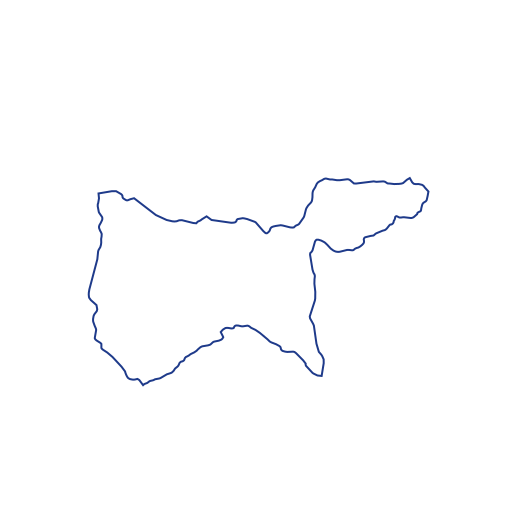 the border of Nakhon Sawan, rotated 148°
{"feature_id": "THA-411", "entity_name": "Nakhon Sawan", "entity_type": "Province", "adm_level": 1, "iso_a3": "THA", "parent_name": "Thailand", "parent_adm1": "", "projection": "orthographic", "projection_center": [99.999, 15.699], "detail": "fine", "context": "isolated", "style": "outline", "palette": "blue", "viewbox_px": 512, "rotation_deg": 148, "n_neighbors": 0, "source": "natural_earth", "source_scale": "10m", "svg_char_len": 5308}
<svg xmlns="http://www.w3.org/2000/svg" viewBox="0 0 512 512"><g transform="rotate(148 256 256)"><path d="M356.4,392.5L343.8,387.3L340.3,385.1L337.6,380.0L337.4,379.3L337.3,378.6L337.4,377.8L337.7,377.2L338.0,376.6L338.1,375.8L337.9,374.9L336.7,372.4L336.0,371.6L335.2,371.2L332.3,370.7L328.8,369.6L319.2,343.8L312.7,333.9L308.5,329.7L307.4,328.9L306.9,328.5L305.5,327.8L304.8,327.5L302.4,327.0L301.7,326.7L299.8,325.6L291.7,317.2L289.3,315.4L287.3,316.0L284.2,315.6L282.4,315.8L276.9,315.8L274.6,310.1L259.4,297.3L257.6,296.3L256.4,295.8L255.5,295.6L254.8,295.8L254.2,296.0L253.2,296.8L252.6,297.0L251.9,297.0L247.2,295.1L245.9,294.0L243.9,292.0L238.9,285.6L238.4,284.6L236.6,273.2L235.8,270.4L235.2,269.8L234.6,269.5L233.0,269.6L231.6,270.0L230.9,270.3L229.3,271.6L228.6,271.9L227.9,272.1L227.1,272.1L225.6,271.8L223.3,271.0L218.7,269.0L217.1,267.6L211.9,262.2L210.2,260.9L208.8,260.2L206.5,260.6L205.7,260.6L204.0,260.3L203.2,260.3L202.4,260.4L195.5,263.3L194.9,263.6L193.8,264.4L188.8,269.2L187.6,270.0L185.0,271.2L181.1,272.2L179.8,272.8L179.3,273.3L178.8,273.7L177.0,275.9L174.7,279.4L173.7,280.5L172.7,281.3L169.4,282.9L166.4,284.9L165.1,285.4L164.3,285.6L161.9,285.6L159.8,285.3L157.6,285.3L156.4,285.0L155.6,284.6L152.7,281.7L150.9,280.6L147.1,277.3L144.6,275.8L138.3,272.9L137.5,272.4L136.9,271.9L136.5,271.3L136.1,270.7L134.5,265.6L132.7,264.4L116.6,256.9L114.6,255.1L109.0,252.1L108.1,251.5L107.2,250.5L106.3,248.5L106.0,247.9L105.4,247.4L104.2,246.6L100.7,243.8L96.4,241.3L94.2,240.3L92.6,239.9L87.6,240.7L84.3,240.6L84.5,235.7L84.0,233.8L83.6,233.3L82.4,232.3L79.8,230.7L77.5,228.4L77.0,227.4L76.6,226.0L76.6,224.9L75.6,219.3L78.7,215.9L81.6,213.0L82.4,212.6L83.2,212.4L85.7,212.4L86.8,212.1L87.9,211.4L90.5,208.9L91.6,207.6L92.1,207.1L92.8,206.8L94.2,207.0L95.2,207.1L96.2,207.0L97.2,206.1L101.5,205.4L102.3,205.4L103.2,205.6L103.9,205.8L104.5,206.1L110.0,210.5L111.3,211.2L112.7,211.8L113.3,212.2L113.9,212.6L114.3,213.1L115.0,214.3L115.4,214.9L115.9,215.4L116.5,215.5L117.3,215.3L118.2,214.2L119.2,213.4L120.6,212.7L121.5,211.7L122.5,211.1L123.9,210.9L124.7,211.1L125.4,211.5L126.5,211.4L130.4,210.0L131.9,209.7L133.0,209.7L135.3,210.4L142.0,211.5L142.9,211.5L144.6,211.2L145.5,211.1L148.2,212.3L153.4,214.0L154.2,214.0L155.0,213.7L155.8,213.0L156.5,211.4L157.2,210.4L158.2,209.7L160.0,209.2L162.3,208.9L164.1,208.9L165.0,209.0L166.5,209.5L167.4,209.6L168.3,209.7L169.4,209.5L170.2,209.4L170.9,209.6L171.6,210.0L173.7,211.7L175.6,212.9L182.7,215.2L183.9,215.8L184.5,216.2L185.6,217.1L186.1,217.6L186.9,218.7L187.6,219.9L188.7,222.7L189.6,227.6L190.4,230.7L191.0,232.0L192.5,234.5L194.3,236.6L194.8,237.0L196.0,237.7L197.0,237.6L198.3,237.0L204.9,231.0L205.5,230.6L206.9,230.0L208.5,229.7L209.5,228.4L215.3,214.5L216.0,211.8L216.2,210.4L216.1,209.6L216.4,208.5L217.0,207.4L218.7,205.3L221.2,201.5L224.7,194.2L228.3,188.6L229.7,187.0L242.4,176.3L242.8,175.4L243.2,174.4L243.5,168.2L243.8,166.3L251.2,149.6L253.5,141.4L252.9,137.7L252.9,135.9L253.4,132.5L255.4,129.2L263.9,119.5L267.2,122.1L269.5,125.8L270.0,126.9L271.8,136.5L271.6,137.2L271.4,137.8L270.9,138.4L271.3,142.5L273.5,152.3L274.2,154.2L275.2,155.2L280.2,158.0L281.1,158.7L282.1,159.6L283.8,161.5L284.2,162.7L284.2,163.8L283.8,164.7L283.5,166.1L283.9,167.3L285.7,170.5L288.7,174.5L289.3,175.5L289.7,176.4L290.4,179.3L293.5,188.8L295.6,193.6L298.2,197.7L298.9,199.8L299.6,200.9L300.2,201.5L304.4,203.3L305.0,203.7L305.7,204.2L307.9,206.4L309.3,207.4L310.3,207.8L311.2,207.8L311.8,207.6L312.4,207.2L313.0,206.8L313.9,206.9L315.3,207.6L317.6,209.7L319.0,210.6L320.1,211.1L322.7,211.1L323.5,211.0L326.2,210.2L326.7,205.1L326.8,204.5L328.1,203.8L328.8,203.6L329.4,203.5L330.0,203.5L332.4,203.9L336.1,205.3L336.7,205.5L337.5,205.7L338.3,205.7L341.5,205.1L342.3,205.2L343.9,205.6L349.5,207.9L350.3,208.0L351.3,208.1L352.2,208.0L355.3,207.5L356.1,207.2L356.9,207.1L359.5,207.0L363.0,207.4L364.0,207.4L365.7,207.2L367.3,207.3L369.0,207.5L369.7,207.3L370.4,207.1L372.1,205.8L372.9,205.6L374.0,205.6L375.6,206.1L376.7,206.0L377.5,205.8L379.4,204.5L379.9,204.2L380.5,204.0L381.2,203.8L383.9,203.5L384.6,203.3L386.6,202.3L388.9,201.8L389.7,201.8L391.6,202.2L394.2,202.9L401.7,203.1L403.0,203.4L406.3,204.7L407.3,205.0L408.3,205.0L409.3,205.2L411.6,206.0L412.4,206.2L413.3,206.2L414.9,206.0L415.7,206.0L418.5,206.6L420.2,206.3L420.7,212.6L421.1,213.5L421.7,214.6L423.9,215.3L425.0,215.8L426.2,216.6L428.1,218.4L428.8,219.6L429.2,220.7L429.2,222.5L429.0,224.3L428.5,226.7L428.2,227.4L428.7,233.4L431.2,246.4L433.3,253.0L435.4,257.5L435.8,258.7L435.9,259.7L435.6,260.4L434.3,262.4L433.7,263.5L434.0,264.8L436.0,268.9L436.4,270.3L436.4,271.4L436.0,272.1L430.9,277.8L430.5,278.5L430.2,279.5L429.8,282.3L428.9,286.4L428.6,287.2L427.9,288.4L427.5,289.0L425.6,291.1L425.1,291.5L424.5,291.9L423.8,292.3L420.3,293.6L418.9,294.9L417.3,298.9L419.4,306.0L419.6,308.8L419.4,309.7L418.3,311.9L417.2,313.5L415.0,316.0L392.3,337.3L387.5,343.5L386.6,344.3L386.0,344.7L383.4,346.0L381.6,347.6L380.2,349.3L378.3,352.5L376.6,354.4L375.2,356.4L375.0,357.2L374.8,358.9L374.8,360.0L374.3,362.7L373.9,363.6L373.4,364.3L372.3,365.2L371.7,365.5L370.2,366.3L367.5,368.0L366.7,368.8L366.2,369.7L365.9,370.4L365.9,371.3L366.1,375.7L366.0,376.6L363.9,382.0L363.2,383.1L362.7,383.8L361.9,384.4L358.6,388.1L356.4,392.5Z" fill="none" stroke="#1e3a8a" stroke-width="2"/></g></svg>